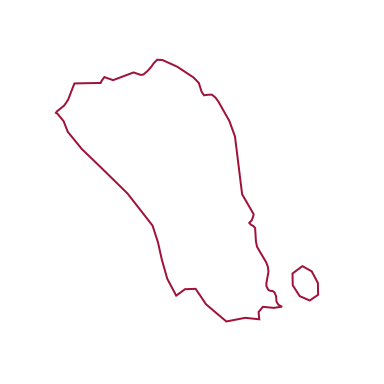 the Department of Grand'Anse, rotated 57°
{"feature_id": "HTI-1359", "entity_name": "Grand'Anse", "entity_type": "Department", "adm_level": 1, "iso_a3": "HTI", "parent_name": "Haiti", "parent_adm1": "", "projection": "robinson", "projection_center": [-74.06, 18.515], "detail": "fine", "context": "isolated", "style": "outline", "palette": "rose", "viewbox_px": 384, "rotation_deg": 57, "n_neighbors": 0, "source": "natural_earth", "source_scale": "10m", "svg_char_len": 1162}
<svg xmlns="http://www.w3.org/2000/svg" viewBox="0 0 384 384"><g transform="rotate(57 192 192)"><path d="M51.5,263.0L50.8,261.3L49.9,252.3L47.3,245.9L36.9,231.5L50.8,209.2L49.6,207.4L47.9,202.9L55.2,197.3L59.9,175.9L65.9,171.2L67.0,168.8L66.3,163.4L64.7,157.6L63.2,154.1L62.1,149.2L65.2,144.9L78.8,136.2L96.6,128.4L104.2,126.9L113.4,129.4L117.5,129.2L119.2,125.5L121.2,122.3L125.6,120.9L130.4,120.6L152.8,122.0L168.8,125.7L221.2,151.2L244.2,152.4L245.0,153.1L247.6,156.3L248.2,157.2L249.1,160.8L251.3,160.5L254.1,159.0L256.6,158.7L268.3,165.3L273.4,167.3L291.4,168.1L295.7,169.0L300.4,171.2L309.0,179.3L311.6,180.9L315.7,181.3L317.7,180.0L319.0,178.3L321.1,177.5L325.1,178.2L330.1,180.9L333.7,180.9L336.1,179.7L337.2,178.8L333.8,186.4L326.9,195.1L328.9,201.5L335.4,204.9L326.5,215.9L319.3,233.7L306.5,237.6L293.7,241.4L284.5,241.5L275.2,241.7L269.7,250.8L270.3,261.7L251.3,260.0L232.2,254.1L215.5,247.9L198.7,243.4L158.1,246.9L117.9,255.9L96.0,261.0L73.8,263.4L62.7,261.1L53.1,262.2L51.5,263.0ZM314.3,139.8L323.8,134.8L336.9,136.0L346.9,142.2L347.1,152.4L337.9,158.4L325.1,158.3L315.1,152.1L314.3,139.8Z" fill="none" stroke="#9f1239" stroke-width="2"/></g></svg>